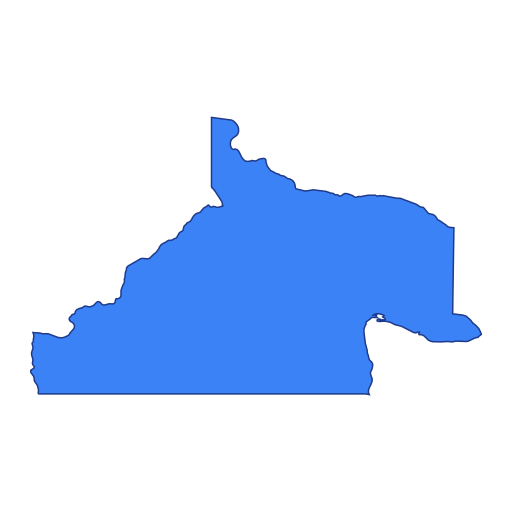 the Province of Río Negro
{"feature_id": "ARG-1297", "entity_name": "Río Negro", "entity_type": "Province", "adm_level": 1, "iso_a3": "ARG", "parent_name": "Argentina", "parent_adm1": "", "projection": "natural_earth1", "projection_center": [-67.714, -39.784], "detail": "fine", "context": "isolated", "style": "filled", "palette": "blue", "viewbox_px": 512, "rotation_deg": 0, "n_neighbors": 0, "source": "natural_earth", "source_scale": "10m", "svg_char_len": 5627}
<svg xmlns="http://www.w3.org/2000/svg" viewBox="0 0 512 512"><path d="M38.8,393.9L38.2,393.1L38.2,392.2L38.5,391.2L38.5,390.2L37.5,385.7L36.4,383.9L35.2,382.3L34.3,380.7L34.2,378.3L33.6,376.3L30.8,372.4L30.7,370.5L31.4,369.8L33.1,368.8L33.8,368.2L34.3,367.1L34.1,366.4L33.5,365.7L32.9,364.8L32.5,363.7L32.4,362.9L32.8,361.1L32.9,359.9L32.8,359.0L32.6,358.1L32.2,357.0L31.6,354.7L31.6,352.7L32.8,348.6L33.0,347.4L32.8,346.4L32.2,344.3L32.1,343.0L32.5,342.6L33.0,342.2L33.2,341.2L33.4,339.0L33.8,336.8L33.8,335.4L33.1,333.1L33.0,332.5L33.4,332.6L39.7,333.0L43.1,333.8L46.8,333.7L48.6,333.9L58.2,337.5L61.3,337.8L62.6,337.7L65.3,336.9L66.7,336.2L67.5,335.8L68.6,335.1L69.1,334.7L69.4,334.3L70.0,333.0L73.1,329.5L73.8,328.6L74.3,327.5L74.5,326.1L74.2,324.8L73.5,323.7L72.7,322.7L71.8,322.1L70.8,321.6L69.9,320.9L69.4,320.0L69.2,319.4L69.2,318.8L69.3,318.2L69.6,317.6L69.9,317.2L70.7,316.6L71.0,316.3L71.2,315.9L71.6,315.2L71.8,314.9L72.6,314.4L74.3,314.0L74.9,313.4L75.1,313.0L75.2,312.0L75.4,311.6L75.7,311.0L76.1,310.4L76.6,309.9L77.1,309.5L79.6,308.4L81.0,308.0L82.2,307.9L82.2,307.7L82.8,307.4L84.1,306.4L84.9,306.1L85.7,306.1L87.3,306.4L88.0,306.7L89.6,306.9L91.4,306.4L93.2,305.6L94.5,304.5L96.6,302.3L97.4,301.8L98.5,301.6L99.6,302.0L100.6,302.8L101.4,303.8L103.1,305.0L105.1,304.9L109.0,303.8L113.3,303.9L114.5,303.2L115.1,302.1L115.6,299.4L116.2,298.7L116.6,298.6L117.6,298.7L118.1,298.7L118.7,298.4L119.3,298.1L119.9,297.7L120.3,297.2L120.9,295.9L121.0,294.3L121.0,291.1L121.2,289.7L123.0,284.9L124.1,283.0L124.4,282.0L124.5,281.4L124.3,279.4L124.5,278.7L124.9,277.4L125.0,276.7L125.3,273.1L125.6,271.8L126.3,270.2L126.4,269.6L126.5,268.5L126.5,268.0L126.8,267.5L127.6,266.4L128.7,265.6L140.7,258.7L141.5,258.5L143.1,258.4L147.6,258.9L148.8,258.6L150.1,257.8L153.5,254.4L155.5,252.9L156.3,252.1L159.0,248.4L159.2,247.7L159.3,247.4L160.4,245.7L161.2,244.7L162.3,243.9L163.9,243.0L165.0,242.6L167.7,240.8L168.4,240.4L168.9,240.3L170.4,240.3L171.8,240.1L172.1,240.0L173.4,239.2L175.7,238.2L176.3,237.9L176.7,237.4L177.2,236.6L179.1,233.2L179.4,232.8L180.0,232.3L182.6,230.8L182.8,230.4L183.1,229.8L183.9,226.6L184.4,225.7L185.8,224.6L186.3,224.0L186.9,223.0L189.0,222.1L189.9,221.5L190.7,220.8L191.3,219.9L192.8,217.2L194.0,215.5L195.5,214.2L197.1,213.2L198.7,212.9L200.4,212.0L203.6,208.1L205.2,207.2L206.0,206.9L208.1,205.1L208.7,205.1L209.8,206.5L211.2,207.2L211.9,207.0L212.6,206.6L213.4,206.4L214.3,206.5L216.6,207.3L218.3,207.3L223.6,205.9L223.4,205.9L222.6,205.6L222.3,204.9L222.4,204.0L222.3,202.9L221.7,201.4L215.2,191.4L212.9,188.5L211.8,187.6L211.5,186.2L211.5,127.8L211.5,117.9L211.5,117.4L231.6,120.1L233.7,121.2L235.2,122.6L236.7,124.4L237.9,126.5L238.5,128.5L238.6,131.3L237.9,133.6L236.7,135.4L233.3,137.8L231.7,139.3L230.6,141.4L230.3,144.4L230.5,145.5L230.9,146.9L231.4,148.1L231.9,148.6L232.1,148.8L233.0,149.3L233.6,149.5L234.9,149.0L235.4,149.0L237.4,149.8L238.8,151.4L241.6,157.0L242.9,158.9L244.5,160.5L246.4,161.4L250.2,161.2L251.5,160.5L255.3,161.0L256.6,160.7L258.9,159.2L263.1,158.4L264.2,158.5L265.3,159.0L265.8,159.8L266.0,160.8L266.0,162.1L266.2,162.9L267.3,166.2L269.2,168.8L269.8,169.5L270.6,170.6L270.9,170.9L271.5,170.9L276.4,173.6L278.7,174.1L280.2,175.2L281.3,175.6L283.8,176.0L285.5,177.1L286.0,177.3L286.3,177.5L287.2,178.4L287.7,178.6L289.9,179.0L291.7,179.9L293.2,181.2L294.4,183.0L295.0,184.9L295.4,187.8L296.0,188.8L297.2,189.2L298.5,189.4L304.4,190.9L306.7,190.9L313.3,189.8L326.0,191.4L326.5,191.5L327.6,192.1L328.9,192.3L330.6,193.1L332.7,193.3L333.3,193.5L333.8,193.8L334.7,194.6L335.2,194.8L337.3,194.8L338.0,195.0L338.6,195.4L339.1,195.8L339.5,196.1L340.4,196.1L341.5,195.6L342.6,194.9L343.4,194.2L344.5,193.6L345.8,193.5L348.4,194.0L352.8,195.7L354.6,197.0L355.6,197.4L356.0,197.3L358.3,196.5L360.8,196.6L368.2,195.2L375.0,195.2L375.4,195.2L376.7,196.1L380.3,195.6L381.9,196.1L382.8,195.6L396.7,198.2L400.3,198.3L416.4,204.3L420.0,206.7L420.8,207.0L423.2,207.4L424.0,208.1L428.2,213.2L429.2,213.7L432.6,214.4L434.4,215.4L435.1,216.0L435.8,216.8L437.1,218.8L437.9,219.9L439.7,220.7L446.1,225.1L447.5,226.5L449.4,227.3L453.9,227.7L453.4,261.7L452.9,295.5L452.7,311.5L452.6,313.8L462.8,315.1L466.0,316.1L466.7,316.6L470.5,320.0L472.6,322.8L473.1,323.3L475.5,325.1L478.4,328.1L479.1,329.0L480.9,332.9L481.3,334.4L481.3,334.5L480.8,334.6L480.2,335.3L478.9,336.3L478.2,337.2L474.6,338.1L468.7,341.0L466.4,341.5L455.7,341.1L453.5,341.7L452.4,341.9L447.7,341.5L440.6,341.9L432.8,341.7L430.6,341.2L428.5,340.2L423.7,335.6L421.5,334.7L419.4,334.7L418.9,334.4L418.8,333.8L419.0,333.2L419.5,332.3L419.0,331.9L417.8,332.1L416.5,332.7L415.4,332.9L413.4,332.4L401.5,326.3L394.8,324.6L390.3,322.3L385.8,321.3L383.4,321.2L380.0,321.5L378.4,321.4L377.1,320.9L377.1,320.0L378.0,319.4L379.3,319.0L380.2,319.2L379.9,320.2L380.3,320.2L380.7,320.0L381.0,319.9L384.0,319.8L384.9,319.7L385.4,319.3L384.9,318.0L383.5,317.5L382.6,316.9L384.1,315.5L382.9,314.7L378.2,313.6L375.4,314.0L373.7,314.7L373.2,315.1L374.1,315.2L375.7,314.8L376.6,315.1L375.9,316.0L376.1,316.6L376.7,317.0L377.3,317.6L372.2,317.4L371.3,317.8L370.7,318.5L366.7,321.6L366.2,322.1L366.0,322.7L366.0,324.0L365.9,324.6L365.1,325.8L364.6,327.1L364.2,328.5L363.9,330.0L364.0,332.5L365.3,343.1L367.2,350.4L367.2,352.4L368.4,355.9L368.7,357.8L369.3,359.7L372.0,362.5L372.7,364.4L372.6,366.2L372.2,368.3L371.5,370.2L370.8,371.4L370.4,373.2L370.9,375.4L372.2,378.9L372.1,381.1L371.2,383.8L369.1,388.2L368.4,390.9L368.6,393.0L369.3,394.6L368.9,394.5L365.7,393.9L335.9,393.9L321.1,393.9L279.3,393.9L220.4,393.9L203.0,393.9L161.0,393.9L155.4,393.9L65.2,393.9L39.3,393.9L38.8,393.9Z" fill="#3b82f6" stroke="#1e3a8a" stroke-width="1.5"/></svg>